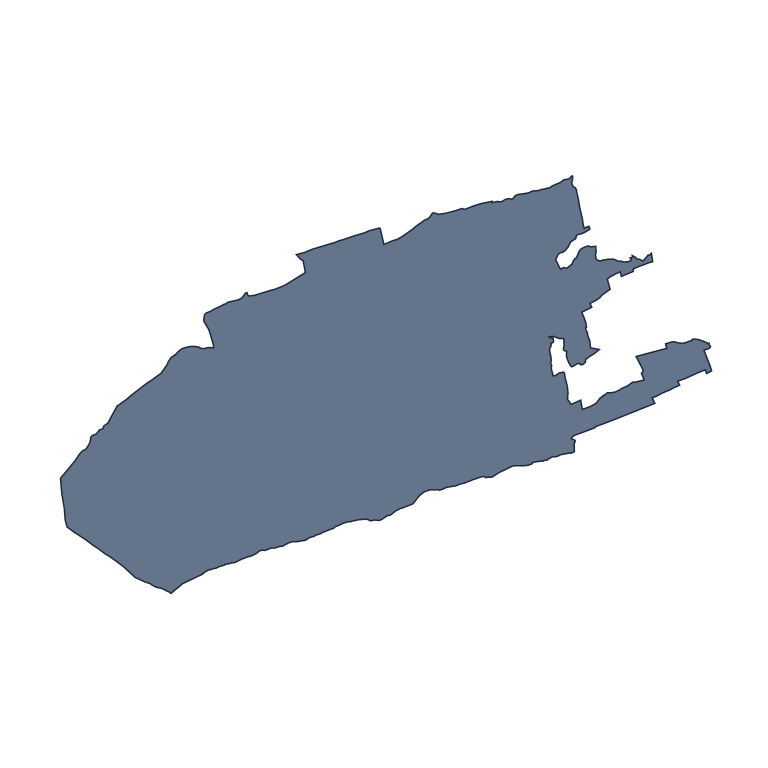 the district of Bogdana, Vaslui, Romania, rotated 267°
{"feature_id": "2599482B6283542308753", "entity_name": "Bogdana", "entity_type": "district", "adm_level": 2, "iso_a3": "ROU", "parent_name": "Romania", "parent_adm1": "Vaslui", "projection": "robinson", "projection_center": [27.624, 46.537], "detail": "fine", "context": "isolated", "style": "filled", "palette": "slate", "viewbox_px": 768, "rotation_deg": 267, "n_neighbors": 0, "source": "geoboundaries", "source_scale": "gbopen_adm2", "svg_char_len": 6138}
<svg xmlns="http://www.w3.org/2000/svg" viewBox="0 0 768 768"><g transform="rotate(267 384 384)"><path d="M559.1,490.5L557.4,483.6L554.4,474.6L554.4,473.0L555.2,471.1L553.4,464.8L551.1,453.7L551.2,452.0L550.8,450.4L550.6,447.2L551.9,444.2L552.3,441.8L551.6,440.9L547.9,438.1L546.9,436.7L545.4,432.9L539.2,423.2L537.2,420.9L530.1,409.5L527.6,404.6L526.9,401.0L523.4,391.2L539.7,388.3L540.0,387.8L537.9,377.4L536.1,372.8L533.5,362.0L530.3,350.9L529.4,346.6L528.0,342.6L522.4,319.7L519.6,311.7L517.8,303.3L513.3,306.8L511.3,309.7L499.4,311.3L487.7,289.9L486.0,285.1L484.2,279.7L483.5,275.8L479.4,259.7L478.9,254.3L479.5,253.1L480.5,252.3L482.4,252.0L482.3,250.7L477.2,246.4L475.6,242.5L473.9,232.6L472.2,229.9L471.8,227.6L470.9,226.5L467.7,218.4L465.6,214.5L464.4,210.5L462.7,208.5L457.9,207.4L455.8,207.5L448.2,211.6L443.6,213.0L431.9,215.7L429.1,215.8L429.5,211.4L429.4,208.6L428.8,206.7L429.0,203.4L430.5,201.0L431.5,196.7L431.6,192.3L430.9,187.9L429.7,183.9L427.8,181.0L424.5,177.5L421.6,172.8L417.3,169.6L414.3,168.2L406.4,161.9L399.9,152.0L397.1,147.1L386.1,131.2L381.9,125.7L378.1,119.7L376.8,118.1L376.4,116.6L359.3,106.1L357.0,102.4L355.9,101.5L354.3,101.0L353.7,100.0L353.1,97.5L349.2,94.1L347.8,89.9L346.0,88.4L341.9,87.6L338.9,86.1L334.6,83.0L332.8,79.1L331.2,77.5L328.4,75.0L324.3,72.2L306.8,56.0L291.7,56.5L276.9,58.2L265.0,58.5L257.8,60.0L252.7,66.2L244.2,77.9L237.8,85.4L234.6,89.9L228.9,96.7L225.6,101.6L219.3,109.4L215.5,114.0L203.8,125.4L198.6,135.4L196.8,140.3L195.4,141.7L193.0,145.9L191.1,152.4L189.1,155.3L187.7,158.3L186.1,160.1L186.2,160.5L195.3,172.7L203.4,192.4L204.0,193.5L204.6,193.7L207.5,199.0L207.5,201.0L208.3,202.5L208.9,206.8L210.3,210.0L211.4,215.0L212.3,216.2L212.7,220.3L213.4,222.6L213.3,224.5L214.0,226.9L216.7,232.9L217.3,235.5L218.1,237.2L219.2,242.6L221.6,248.1L223.4,250.2L224.2,252.2L224.4,253.7L224.0,256.7L226.1,262.8L225.9,266.4L227.2,271.1L227.3,274.2L230.3,280.2L230.8,282.8L231.4,284.1L231.0,288.5L231.4,290.1L231.2,291.3L231.7,293.1L232.0,297.4L233.5,299.4L233.5,300.0L234.5,301.6L235.6,306.5L236.6,307.9L237.7,312.6L239.0,315.0L242.0,323.8L242.3,325.9L244.0,327.7L245.4,332.0L246.8,335.2L248.3,340.6L248.2,343.8L249.0,345.7L248.9,346.6L249.8,351.5L250.0,359.7L248.2,363.2L248.0,364.1L248.7,366.7L248.0,372.1L248.7,374.3L252.5,380.9L252.5,382.5L252.9,383.8L256.7,389.1L259.0,394.3L259.5,397.3L260.4,398.8L260.5,400.2L262.6,405.9L262.6,406.5L269.7,412.6L271.4,414.5L274.4,418.9L274.9,420.4L275.1,422.3L275.8,423.4L275.9,425.8L275.5,429.9L275.8,432.1L275.0,433.7L276.1,437.7L277.5,440.8L278.5,450.4L280.1,454.7L280.7,458.7L282.6,464.2L282.8,465.5L283.4,466.5L286.3,476.6L286.3,479.7L285.1,480.6L285.5,481.8L285.3,482.6L285.7,483.5L285.3,484.4L285.5,487.4L289.3,493.7L295.4,508.3L295.5,511.5L295.0,519.4L295.3,524.0L296.6,527.6L297.6,528.2L298.3,531.1L298.8,536.3L298.6,538.9L299.6,540.7L299.3,542.9L300.8,544.7L302.7,548.9L302.3,550.9L302.8,553.8L304.1,556.5L305.3,565.7L305.1,567.3L306.5,570.6L314.3,570.8L316.9,572.1L318.1,571.5L319.3,568.4L320.1,568.1L322.6,571.0L329.0,591.6L329.3,592.4L330.2,592.7L335.1,608.2L350.5,653.5L356.1,651.1L357.8,656.0L360.2,660.9L363.1,669.1L365.1,673.3L367.3,679.2L371.2,677.5L371.5,677.8L373.8,685.5L378.1,696.2L381.1,704.7L381.3,705.5L377.6,706.7L379.9,711.9L385.7,710.4L401.0,705.3L402.2,709.7L403.4,711.7L404.0,712.0L404.7,711.8L406.3,710.6L407.5,710.8L407.2,710.3L408.8,707.8L411.8,700.9L412.8,695.8L412.2,693.8L410.9,693.1L410.8,691.1L409.8,688.4L409.0,684.9L409.4,681.1L411.0,675.8L411.0,674.0L409.4,667.3L404.8,668.2L398.3,637.2L385.7,642.9L382.9,643.5L381.3,641.6L374.4,644.0L372.5,634.0L373.0,632.8L369.3,626.9L366.8,620.6L365.6,618.7L363.9,614.6L363.3,609.7L363.6,606.8L363.0,605.5L361.8,604.5L360.8,601.8L359.6,601.4L359.3,600.1L358.6,599.1L353.6,594.8L350.7,588.8L348.2,580.7L357.6,579.6L354.1,570.5L354.4,569.1L356.5,568.4L358.9,566.4L359.9,566.4L360.4,566.9L362.9,566.7L364.6,567.3L371.8,567.0L382.0,565.0L385.1,564.9L386.4,564.2L385.9,559.6L383.2,555.2L383.5,552.9L385.0,553.2L389.2,552.0L392.0,552.0L393.7,552.4L396.3,551.5L399.0,552.4L404.9,551.8L406.4,551.3L410.1,551.1L413.6,553.0L415.9,552.7L416.4,554.7L417.1,555.5L420.5,555.3L421.6,554.8L421.4,552.4L421.8,551.6L422.4,551.4L422.7,555.6L420.3,561.2L419.9,565.9L412.9,565.8L409.8,565.0L408.6,565.2L407.7,566.1L407.3,568.1L401.8,567.6L395.9,569.5L392.3,571.3L391.5,572.1L391.4,573.1L394.1,577.9L394.3,579.0L394.3,580.6L393.3,580.8L392.8,582.0L393.2,583.8L395.3,586.3L397.5,586.5L398.3,587.3L400.4,590.2L403.7,596.2L407.2,600.8L409.3,592.2L416.6,591.7L421.2,590.1L425.1,589.7L426.4,588.8L428.5,588.3L429.5,588.4L430.0,589.2L434.4,588.8L440.3,587.1L445.3,585.2L449.8,595.5L453.7,593.9L455.5,598.2L457.3,601.6L459.0,604.1L461.7,606.7L466.7,614.8L477.1,612.5L479.2,615.6L482.2,621.8L483.6,625.8L479.0,626.7L483.4,638.9L485.5,638.6L487.2,642.2L491.0,654.1L492.1,658.7L500.6,657.9L498.7,655.8L499.0,654.6L493.3,649.2L495.3,645.3L495.5,643.0L497.3,642.0L499.3,638.6L497.6,638.9L497.0,636.3L496.1,637.0L494.4,637.4L493.2,633.4L493.4,632.0L493.2,630.0L494.1,627.8L494.5,623.7L495.5,622.4L496.9,618.8L496.7,616.9L496.9,614.3L496.5,611.9L496.6,610.3L495.8,607.6L495.7,605.5L496.4,603.8L497.6,602.6L498.3,602.4L502.3,601.9L504.7,602.8L510.5,602.6L510.1,597.9L510.9,596.2L511.2,594.5L509.2,588.9L507.5,586.7L505.4,585.3L500.7,583.2L499.7,582.4L499.2,581.2L497.3,579.6L493.9,578.0L490.4,573.2L490.1,571.9L491.0,569.4L489.4,566.5L490.7,565.6L499.1,562.0L500.1,562.2L502.0,563.6L504.0,564.3L505.7,566.7L506.5,570.0L507.5,571.6L511.1,575.0L516.2,577.9L519.1,583.1L520.1,582.8L520.6,583.6L522.2,583.9L522.9,585.1L523.9,589.8L525.2,593.0L527.9,597.7L530.8,596.9L529.2,592.0L533.0,591.2L538.3,590.8L550.6,588.6L557.5,587.9L566.1,586.4L567.9,586.4L570.1,585.2L570.8,583.7L571.7,583.0L574.4,582.0L575.9,582.2L577.7,582.9L581.8,583.3L581.9,583.0L581.9,582.5L579.2,579.4L578.5,574.3L576.1,570.8L573.1,562.6L571.6,560.3L570.3,554.3L569.9,550.5L569.1,548.6L569.0,542.6L567.5,538.8L567.0,536.3L566.2,527.3L564.7,524.3L562.7,522.9L561.8,521.1L562.6,518.9L562.4,517.0L562.0,514.9L560.1,511.3L559.7,509.4L560.4,507.2L559.4,501.4L560.8,501.6L559.1,490.5Z" fill="#64748b" stroke="#1e293b" stroke-width="1.5"/></g></svg>